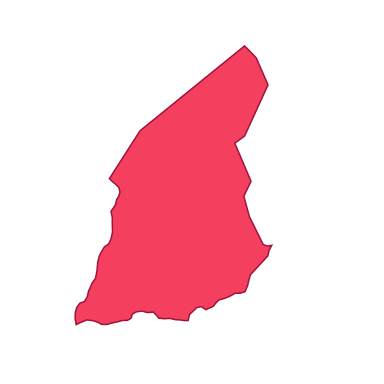 Barrocas, Bahia, Brazil (Robinson projection), rotated 12°
{"feature_id": "56859067B90596370727458", "entity_name": "Barrocas", "entity_type": "district", "adm_level": 2, "iso_a3": "BRA", "parent_name": "Brazil", "parent_adm1": "Bahia", "projection": "robinson", "projection_center": [-39.103, -11.527], "detail": "fine", "context": "isolated", "style": "filled", "palette": "rose", "viewbox_px": 384, "rotation_deg": 12, "n_neighbors": 0, "source": "geoboundaries", "source_scale": "gbopen_adm2", "svg_char_len": 1246}
<svg xmlns="http://www.w3.org/2000/svg" viewBox="0 0 384 384"><g transform="rotate(12 192 192)"><path d="M128.5,142.8L108.4,196.1L112.4,198.6L116.2,200.6L119.4,202.7L121.6,207.1L121.2,211.3L119.8,215.3L119.8,220.5L116.8,227.8L119.4,233.7L120.5,239.1L122.6,247.9L122.5,254.9L121.3,260.1L117.8,263.8L116.2,268.1L114.6,273.9L114.4,280.4L115.4,288.6L115.6,296.6L113.4,301.3L112.4,306.2L111.4,310.3L111.4,316.0L109.7,321.4L105.4,324.1L103.3,328.9L102.9,333.6L103.9,339.9L106.3,345.8L110.3,342.7L115.8,339.0L122.5,338.4L127.0,339.0L131.2,340.3L136.2,339.3L141.0,336.8L146.1,334.5L150.5,332.2L155.7,330.9L158.6,328.2L159.1,323.9L162.0,321.1L167.4,318.9L173.7,319.2L179.1,317.5L182.6,319.8L185.7,322.3L191.0,321.8L196.3,320.3L202.9,320.3L206.8,319.6L211.2,319.4L215.0,318.5L215.0,312.4L218.2,307.8L220.8,304.0L225.1,302.2L230.0,304.2L236.5,299.5L238.4,295.6L240.8,292.0L246.1,289.2L251.3,285.6L255.2,282.1L260.3,280.9L264.6,278.5L265.8,272.3L266.0,265.4L266.4,260.8L269.2,256.0L279.5,238.7L279.5,233.2L281.1,227.6L276.7,229.3L272.5,228.5L253.1,203.9L243.6,185.3L247.5,169.3L242.8,162.5L223.7,135.4L231.8,126.3L244.1,71.4L226.9,47.4L220.3,42.9L213.0,38.2L160.4,103.3L157.8,106.6L128.5,142.8Z" fill="#f43f5e" stroke="#9f1239" stroke-width="1.5"/></g></svg>